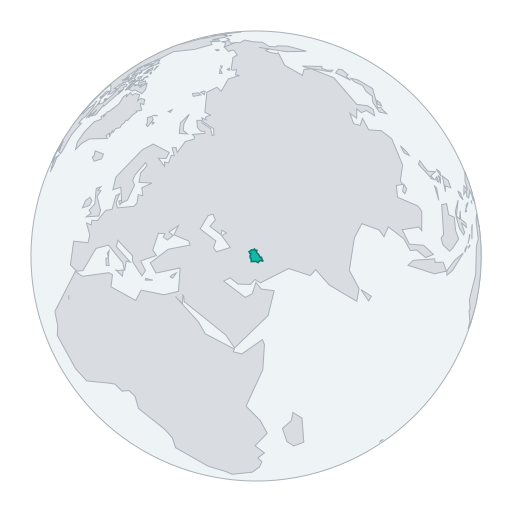 the Earth from above South Khorasan, rotated 332°
{"feature_id": "IRN-3244", "entity_name": "South Khorasan", "entity_type": "Province", "adm_level": 1, "iso_a3": "IRN", "parent_name": "Iran", "parent_adm1": "", "projection": "orthographic", "projection_center": [59.888, 32.335], "detail": "fine", "context": "on_globe", "style": "filled", "palette": "teal", "viewbox_px": 512, "rotation_deg": 332, "n_neighbors": 0, "source": "natural_earth", "source_scale": "10m", "svg_char_len": 11887}
<svg xmlns="http://www.w3.org/2000/svg" viewBox="0 0 512 512"><g transform="rotate(332 256 256)"><circle cx="256" cy="256" r="225" fill="#eef3f6" stroke="#a8b0b8"/><path d="M283.1,32.4L284.7,32.6L305.8,37.5L316.5,40.0L311.0,39.2L334.1,45.3L348.2,51.3L329.7,44.1L325.9,43.3L334.2,46.7L332.0,46.7L334.7,48.5L331.4,48.4L320.9,44.9L318.5,44.9L324.5,47.4L325.0,49.3L316.5,45.5L316.4,48.6L298.8,44.7L278.9,36.8L266.5,36.7L239.1,34.8L239.0,35.8L228.6,36.5L224.6,38.1L220.6,37.9L220.9,39.5L225.2,39.4L226.8,40.3L224.8,41.4L219.5,41.1L219.7,40.5L217.1,41.0L215.2,40.5L215.0,41.4L208.8,41.3L212.0,43.1L204.5,44.6L201.2,44.1L205.4,41.8L208.2,37.0L206.1,36.8L198.9,38.3L177.0,45.4L173.1,46.6L164.9,50.0L165.2,50.0L171.8,47.6L170.4,49.1L178.5,46.5L179.2,47.0L186.0,45.8L180.7,48.7L171.9,52.4L165.9,53.7L161.9,55.5L164.1,56.8L149.7,62.5L134.5,72.3L131.3,73.8L131.1,71.2L139.8,64.1L139.6,63.1L135.4,66.8L127.4,71.5L124.2,73.8L122.2,75.6L123.5,75.2L119.9,77.7L122.7,74.5L126.0,72.1L125.1,72.9L129.1,69.9L129.7,69.4L143.4,60.9L157.6,53.3L172.4,46.8L187.6,41.4L203.1,37.0L218.9,33.8L234.8,31.7L250.9,30.8L267.0,31.0L283.1,32.4ZM324.7,42.2L320.0,40.6L325.3,42.2L324.7,42.2ZM335.7,48.9L337.7,49.5L338.3,50.2L335.7,48.9ZM188.4,44.4L187.2,45.1L186.6,44.9L188.4,44.4ZM192.5,43.4L192.6,42.8L194.6,42.2L194.5,42.6L192.5,43.4ZM333.7,50.8L334.0,52.2L331.9,50.1L333.7,50.8ZM191.9,44.5L198.0,41.4L201.5,40.5L203.9,41.5L191.9,44.5ZM333.0,52.6L333.8,56.5L338.4,57.9L326.0,56.6L329.4,53.4L326.0,50.5L330.2,52.3L333.0,52.6ZM227.5,39.0L222.7,39.1L228.5,38.1L227.5,39.0ZM230.8,38.2L246.2,35.1L252.3,35.9L245.9,36.6L255.1,37.3L250.4,39.2L244.3,39.3L241.3,38.2L241.8,39.8L230.8,38.2ZM318.9,55.6L317.6,56.2L317.0,54.9L318.9,55.6ZM227.9,40.5L230.4,39.6L235.9,40.2L231.7,42.2L231.3,41.3L227.9,40.5ZM259.8,36.8L263.1,37.8L260.2,39.5L261.1,40.3L250.9,39.4L259.8,36.8ZM229.0,41.8L229.4,43.2L225.1,44.0L225.7,41.5L229.0,41.8ZM239.0,39.7L241.4,40.1L238.7,40.5L239.0,39.7ZM209.9,48.5L212.9,47.0L216.0,47.1L209.9,48.5ZM229.8,43.7L231.3,43.4L232.8,43.4L232.2,44.6L229.8,43.7ZM249.5,40.8L247.7,41.5L253.6,41.2L251.7,42.9L245.2,42.1L247.2,43.1L246.6,43.6L241.9,42.5L249.5,40.8ZM236.1,45.8L227.2,45.9L221.0,48.4L218.1,48.3L228.6,44.4L236.1,45.8ZM240.0,43.9L236.9,45.0L234.9,44.1L235.6,42.8L240.0,43.9ZM252.7,44.3L257.3,42.0L258.6,42.3L252.7,44.3ZM234.8,46.7L236.9,46.7L234.6,47.0L234.8,46.7ZM247.7,45.2L249.1,44.2L250.5,44.6L247.7,45.2ZM240.1,47.6L237.2,47.5L237.6,46.5L240.1,47.6ZM243.9,46.6L245.4,47.3L239.5,46.2L244.3,46.1L243.9,46.6ZM248.7,45.6L250.0,45.5L247.9,46.0L248.7,45.6ZM240.1,51.6L232.5,50.5L233.5,48.2L240.7,49.6L240.1,51.6ZM43.8,271.0L43.3,232.8L48.2,224.5L52.4,210.5L89.2,184.8L93.3,192.5L118.1,201.6L120.5,205.2L113.5,215.1L128.9,238.8L138.6,232.2L156.5,247.0L171.0,250.8L183.3,230.9L159.6,224.1L159.5,212.4L181.6,208.8L203.0,215.4L203.6,211.1L193.5,198.8L201.8,192.7L190.4,194.0L192.5,199.1L185.4,200.3L183.0,195.8L186.1,193.6L180.6,190.1L167.6,202.3L168.3,208.8L151.9,206.2L151.5,217.0L145.9,220.1L144.4,203.0L147.1,197.9L141.5,177.3L137.1,182.2L142.1,202.3L139.0,199.6L133.1,207.4L135.2,199.3L130.8,177.1L118.3,174.2L96.4,187.6L90.4,185.1L88.0,176.7L102.0,157.3L113.9,165.4L119.1,159.5L121.8,147.3L125.2,151.1L127.8,147.4L132.8,150.2L144.9,145.1L150.8,147.3L160.5,137.0L164.8,137.0L157.8,142.9L156.2,148.5L171.4,154.7L175.7,153.5L180.8,146.5L184.3,149.5L187.3,142.1L198.4,142.8L187.3,136.0L193.0,128.7L202.3,125.1L202.2,121.7L186.9,127.8L182.6,131.4L182.1,136.3L168.7,146.3L162.4,146.1L168.9,131.8L160.7,130.3L169.4,120.5L205.3,108.9L217.8,108.9L228.1,123.9L222.4,127.7L215.8,124.0L217.4,134.1L219.4,130.0L222.4,132.8L228.5,127.3L230.9,129.0L232.7,121.0L236.3,122.6L235.1,127.6L247.3,121.7L256.1,123.8L257.7,121.7L256.9,118.8L268.6,123.8L269.3,122.1L265.7,119.7L264.7,114.9L267.5,108.5L271.4,110.6L270.9,113.2L275.7,122.1L273.9,129.1L275.8,129.4L278.3,123.8L272.4,112.9L273.0,108.5L276.6,113.2L275.3,111.1L276.8,109.7L282.0,110.3L278.3,105.1L289.6,88.3L300.7,88.6L302.7,94.2L314.7,86.7L326.3,88.9L322.9,86.5L326.4,82.2L322.9,81.3L321.5,79.9L328.9,69.9L333.7,69.7L333.1,63.9L331.4,62.9L327.8,62.6L326.0,56.6L338.4,57.9L341.7,60.2L347.3,60.0L353.9,65.4L361.9,70.2L365.9,77.1L371.9,80.8L373.4,80.4L382.7,85.7L396.7,98.9L378.8,89.9L356.5,73.1L365.0,79.7L361.1,79.0L363.0,82.0L369.1,87.0L371.1,87.0L370.9,101.1L381.8,118.3L385.8,113.9L392.4,116.4L408.4,135.2L416.2,169.5L425.1,175.7L428.3,181.6L426.6,188.0L421.8,179.4L416.4,178.9L414.0,173.4L409.6,181.7L405.9,174.3L404.3,185.0L409.3,189.5L414.6,184.5L414.8,197.6L425.3,204.1L430.9,216.2L428.2,244.4L418.8,257.3L419.1,261.6L413.1,259.6L408.5,270.5L422.5,288.0L423.3,294.4L414.2,311.4L413.4,306.9L397.5,301.4L396.9,317.4L409.1,325.3L413.4,337.9L405.1,337.0L400.5,326.0L394.8,323.7L394.6,310.2L386.5,292.3L378.0,299.1L377.0,290.9L364.6,277.1L351.4,286.1L331.7,312.4L331.7,333.2L323.7,343.3L307.1,316.1L302.3,296.1L294.7,298.8L279.0,282.4L247.2,281.8L244.1,276.2L237.8,278.5L227.0,272.4L222.9,263.1L215.7,263.0L227.0,287.5L234.9,287.6L243.6,279.1L245.1,287.6L255.7,295.2L238.7,314.3L193.9,327.1L192.1,311.3L171.2,262.6L173.2,257.9L173.2,257.3L173.1,256.3L168.6,263.6L165.9,254.0L174.3,287.5L174.6,300.8L193.2,328.0L190.9,330.0L197.6,335.8L222.4,332.8L222.0,337.9L208.7,359.5L176.7,383.9L182.5,403.2L182.7,417.7L166.1,423.1L171.0,433.9L162.9,435.1L164.6,440.4L160.1,443.9L151.2,445.1L132.4,437.5L128.5,432.5L115.0,419.0L95.0,387.5L96.8,377.2L94.0,366.1L80.7,335.4L83.4,323.0L80.6,315.1L74.3,312.5L71.3,302.9L67.8,300.1L47.9,286.8L43.8,271.0ZM72.3,202.8L70.3,206.6L72.3,202.8ZM222.9,233.7L237.3,236.4L235.3,221.9L240.7,221.9L238.1,217.2L235.1,220.8L229.2,208.2L237.1,205.0L237.6,198.9L232.8,197.8L219.4,205.8L227.6,223.7L222.4,228.8L222.9,233.7ZM127.2,71.7L126.9,72.0L124.2,74.2L124.3,73.8L127.2,71.7ZM119.3,81.4L113.6,85.3L117.8,82.0L116.8,81.9L124.3,75.2L130.1,74.3L126.1,75.7L119.3,81.4ZM135.9,66.9L130.5,70.7L136.2,66.6L135.9,66.9ZM137.0,126.2L137.1,129.9L132.7,133.2L125.3,132.0L131.6,127.0L137.0,126.2ZM138.1,134.4L146.7,121.3L151.6,122.0L147.4,123.7L149.8,125.5L143.7,128.8L140.1,142.9L136.0,146.9L124.5,141.7L130.5,140.9L130.1,137.2L138.1,134.4ZM159.7,91.9L163.4,87.7L169.3,94.4L165.1,97.7L157.5,96.3L157.9,91.7L159.7,91.9ZM195.0,47.5L196.1,46.4L197.6,46.4L197.9,47.2L195.0,47.5ZM211.0,47.8L191.9,52.4L192.2,51.3L180.7,56.1L176.9,55.2L184.4,52.0L172.9,55.2L178.2,52.0L170.3,54.7L187.5,47.7L191.8,45.4L188.5,48.2L191.9,49.0L194.7,48.6L205.7,46.2L216.6,42.2L221.7,42.9L222.5,44.4L220.6,45.4L217.9,44.6L217.4,46.6L212.0,46.2L211.0,47.8ZM227.9,69.6L225.4,66.9L223.5,73.5L218.2,72.0L218.3,72.9L212.8,73.6L206.3,76.0L204.5,74.9L202.7,76.4L199.1,77.1L196.1,78.8L191.7,77.6L187.7,79.8L187.9,78.0L182.2,82.2L184.5,78.6L180.0,79.5L180.1,82.5L163.8,74.4L155.1,74.7L146.7,77.2L151.8,71.5L162.9,65.8L176.1,61.6L183.7,62.6L184.6,60.1L188.5,60.0L186.2,61.9L192.1,58.9L194.7,59.4L206.5,57.3L213.5,53.2L217.9,52.7L216.5,54.5L222.0,52.7L222.3,56.0L225.5,55.8L229.0,59.1L224.4,63.3L228.3,62.8L231.2,65.7L227.9,69.6ZM240.8,52.6L236.5,57.3L231.4,59.1L227.4,52.7L224.5,52.4L221.7,49.0L229.2,46.7L229.3,47.8L231.1,48.4L228.0,48.9L231.8,49.0L232.1,50.7L235.1,51.3L232.9,52.6L240.8,52.6ZM125.7,202.7L128.0,204.5L132.3,205.9L128.6,211.1L125.7,202.7ZM122.4,187.6L124.9,188.0L121.8,195.5L119.4,194.0L122.4,187.6ZM128.9,182.2L125.3,187.5L125.8,183.7L128.9,182.2ZM160.4,143.1L163.4,143.4L162.6,145.2L159.8,147.1L160.4,143.1ZM221.1,90.9L220.5,88.5L222.0,88.0L225.3,82.8L229.5,83.8L229.2,87.3L221.1,90.9ZM177.8,233.5L172.0,236.5L170.5,233.9L172.8,233.3L177.8,233.5ZM148.0,223.9L153.6,228.9L146.9,225.3L148.0,223.9ZM226.3,91.0L227.1,88.7L228.7,90.6L226.3,91.0ZM232.8,84.3L235.1,86.1L230.4,83.3L232.8,84.3ZM279.4,477.5L282.3,477.8L278.4,478.2L279.4,477.5ZM220.5,420.7L210.8,442.8L200.2,441.5L196.2,434.5L198.4,420.7L210.0,417.9L215.1,411.5L220.5,420.7ZM446.6,348.7L449.8,346.7L449.6,347.6L446.6,348.7ZM443.3,348.6L447.4,345.7L442.3,351.0L443.3,348.6ZM448.9,344.6L453.0,339.7L454.8,336.9L454.2,339.0L448.9,344.6ZM440.4,350.7L422.9,361.0L415.5,362.6L417.6,358.6L429.6,353.0L440.4,350.7ZM417.0,358.8L405.1,355.4L385.9,335.6L392.9,333.7L412.4,342.4L411.2,345.7L418.4,349.4L417.0,358.8ZM444.2,327.1L442.9,336.1L433.6,341.3L429.2,342.6L426.2,333.6L427.9,327.1L431.7,325.2L444.1,297.8L448.8,299.3L445.5,310.0L449.3,314.9L444.2,327.1ZM332.9,334.9L338.9,345.7L334.3,348.5L332.9,334.9ZM447.4,280.7L443.5,292.7L446.5,278.2L447.4,280.7ZM448.2,268.1L449.3,272.2L446.6,269.5L448.2,268.1ZM420.6,267.7L416.7,270.9L415.8,267.8L420.2,262.0L420.6,267.7ZM435.2,226.5L438.2,235.6L438.5,239.2L435.2,234.8L435.2,226.5ZM263.7,99.5L254.5,105.3L250.7,111.0L252.9,116.1L245.8,111.8L251.7,103.0L263.7,99.5ZM286.0,89.3L284.0,85.4L287.4,85.9L288.4,86.8L286.0,89.3ZM283.0,87.9L275.6,85.6L276.2,82.7L281.9,85.0L283.0,87.9ZM250.7,87.4L247.7,89.0L246.4,87.2L250.7,87.4ZM427.1,402.5L412.6,417.4L408.9,419.9L413.9,414.6L418.5,404.2L420.1,403.3L424.1,394.5L441.5,375.2L455.2,350.7L460.2,345.5L466.8,328.4L470.5,322.4L466.8,334.2L467.5,333.6L461.4,348.4L454.3,362.8L446.2,376.7L437.1,389.9L427.1,402.5ZM474.1,312.3L475.6,306.4L475.3,307.5L474.1,312.3ZM454.5,342.6L459.7,332.3L461.8,329.5L454.5,342.6ZM478.4,292.1L476.5,301.9L473.8,309.2L475.2,303.5L475.4,298.8L471.0,304.6L470.1,302.4L472.2,296.9L468.5,299.1L472.6,291.6L473.8,297.2L475.9,287.6L478.3,283.2L479.8,279.9L479.9,280.5L478.4,292.1ZM471.6,308.9L472.2,307.9L471.3,311.2L471.6,308.9ZM463.2,313.2L462.9,315.6L461.6,315.3L463.2,313.2ZM465.0,310.0L468.5,308.1L464.5,312.3L465.0,310.0ZM451.7,314.9L453.1,319.0L457.5,311.9L454.1,319.6L456.6,325.5L455.3,329.6L453.0,322.9L451.2,333.3L449.2,334.8L448.6,327.5L451.0,315.8L453.0,310.1L460.7,301.5L451.7,314.9ZM465.2,303.7L464.1,298.7L464.8,293.8L466.0,295.8L465.2,303.7ZM460.0,287.2L456.1,282.9L453.4,288.2L458.1,272.9L461.2,279.6L460.0,287.2ZM455.4,273.8L452.9,278.7L454.9,270.4L455.4,273.8ZM451.8,276.9L450.6,272.1L453.0,270.9L451.8,276.9ZM456.8,272.8L455.9,263.8L457.8,267.8L456.8,272.8ZM447.3,261.6L454.0,265.9L446.8,267.6L442.5,251.3L445.3,248.7L447.3,261.6ZM437.4,182.6L434.5,178.5L435.9,175.4L437.5,179.0L437.4,182.6ZM437.6,162.9L435.3,173.3L432.9,182.3L435.5,182.9L438.3,191.8L432.4,186.7L431.3,174.8L433.7,169.5L430.5,162.5L430.1,155.4L424.5,148.1L423.2,143.6L428.9,148.7L437.6,162.9ZM422.0,145.2L412.3,131.7L416.5,129.7L419.6,132.2L422.3,139.1L419.9,139.7L422.0,145.2ZM411.1,128.0L408.7,128.7L389.2,113.7L386.2,110.1L403.3,119.6L401.9,120.9L405.9,125.2L411.1,128.0ZM319.9,57.1L317.8,56.3L320.0,56.4L319.9,57.1ZM319.5,79.6L318.1,77.7L320.7,77.6L319.5,79.6ZM315.5,72.6L313.5,74.0L314.0,71.6L315.5,72.6ZM309.4,77.6L312.0,74.2L311.9,78.8L309.4,77.6Z" fill="#d9dde1" stroke="#a8b0b8" stroke-width="1"/><path d="M258.0,249.1L258.0,249.5L258.1,250.1L258.0,250.5L258.0,250.9L258.2,251.1L258.5,251.2L258.8,251.2L259.0,251.2L259.3,251.2L259.4,251.3L259.2,251.4L259.1,251.5L259.1,251.8L258.9,251.8L258.7,252.1L258.6,252.3L258.4,252.6L258.2,252.8L258.2,253.1L258.3,253.4L258.4,253.7L258.5,254.1L258.6,254.5L258.7,254.9L258.9,255.4L259.0,255.9L259.1,256.3L259.1,256.6L259.1,257.0L259.0,257.3L259.0,257.5L259.0,257.8L259.0,258.0L259.1,258.4L259.0,258.6L259.1,258.9L259.1,259.3L259.6,259.4L260.1,259.5L260.2,260.2L260.0,260.7L259.8,261.3L259.7,262.3L259.8,262.6L259.9,263.4L259.9,263.5L259.3,263.6L259.0,263.4L258.5,262.6L258.1,262.3L257.8,262.2L257.7,262.2L257.4,262.0L254.8,262.7L254.7,262.8L253.4,260.8L252.9,260.5L249.1,258.7L249.4,258.2L249.7,257.6L249.8,257.3L250.3,256.7L250.4,256.3L250.5,256.1L250.5,255.9L250.3,255.7L250.2,255.4L250.1,255.2L250.1,254.9L250.3,254.6L250.2,254.3L250.3,254.2L250.5,254.0L250.6,253.5L251.1,252.8L252.1,252.2L252.4,251.8L252.4,251.6L252.5,251.5L252.0,251.1L252.0,250.9L251.9,250.8L251.8,250.7L251.9,250.3L251.9,250.1L252.0,250.0L251.9,249.8L252.0,249.5L252.0,249.3L251.9,249.1L251.9,248.8L252.1,248.8L252.6,248.9L253.0,249.0L253.1,248.9L254.1,248.7L254.4,248.5L254.8,248.4L254.9,248.5L255.2,249.0L255.7,249.2L257.7,249.2L258.0,249.1L258.0,249.1Z" fill="#14b8a6" stroke="#0f766e" stroke-width="1.5"/></g></svg>